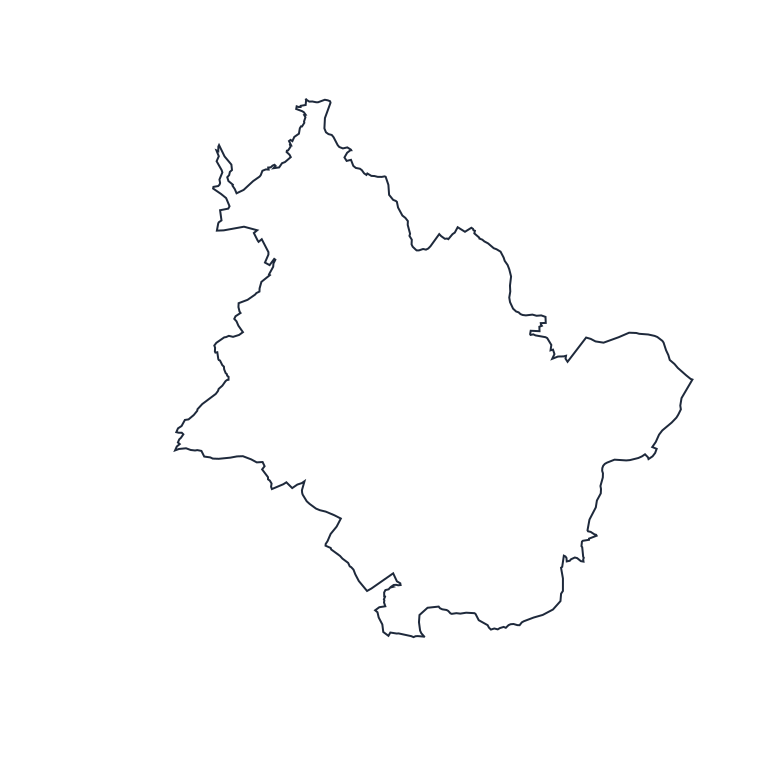 the district of Sanmartin, Cluj, Romania, rotated 302°
{"feature_id": "2599482B60326025316894", "entity_name": "Sanmartin", "entity_type": "district", "adm_level": 2, "iso_a3": "ROU", "parent_name": "Romania", "parent_adm1": "Cluj", "projection": "equal_earth", "projection_center": [24.069, 47.018], "detail": "fine", "context": "isolated", "style": "outline", "palette": "slate", "viewbox_px": 768, "rotation_deg": 302, "n_neighbors": 0, "source": "geoboundaries", "source_scale": "gbopen_adm2", "svg_char_len": 6166}
<svg xmlns="http://www.w3.org/2000/svg" viewBox="0 0 768 768"><g transform="rotate(302 384 384)"><path d="M557.3,405.1L558.4,397.7L558.1,393.5L558.5,390.9L557.9,387.8L558.6,387.2L559.6,380.8L562.1,379.9L561.8,378.4L562.7,377.3L562.8,375.3L556.0,372.0L556.0,363.4L549.9,363.8L547.4,362.7L540.9,361.8L540.8,360.4L539.4,358.7L539.7,354.1L540.4,351.4L525.4,350.4L522.3,349.7L520.2,348.4L519.2,345.6L515.8,342.8L514.6,340.9L514.7,340.0L515.6,335.6L517.0,333.4L521.1,331.1L523.1,327.1L525.2,326.5L531.5,319.8L534.8,317.9L536.2,314.1L536.6,310.3L541.1,302.4L545.3,298.4L545.5,297.0L545.0,294.2L547.1,288.1L555.2,282.2L560.6,275.6L560.4,274.5L558.4,272.3L556.3,268.8L555.3,265.7L553.8,263.0L553.7,258.3L552.0,258.3L552.1,255.5L553.6,251.9L553.8,249.5L552.3,245.6L552.7,242.4L556.6,237.2L553.4,234.1L555.2,230.4L560.6,230.2L564.5,231.7L564.9,232.3L565.2,231.8L565.2,227.5L562.0,224.3L561.3,220.5L562.0,218.2L566.6,210.4L567.5,207.7L566.5,204.5L566.7,201.4L569.2,198.0L578.2,193.0L594.2,189.6L595.2,188.4L594.8,186.1L593.7,183.2L587.9,178.7L587.0,177.2L585.6,173.5L583.9,171.0L583.9,168.2L584.4,166.4L583.3,167.6L579.1,169.7L575.7,165.9L574.7,166.5L573.7,164.9L573.2,162.8L570.7,163.8L572.0,170.0L572.0,172.0L570.8,174.9L569.8,173.8L568.6,176.0L564.2,177.1L563.3,178.0L559.0,178.0L558.5,177.1L556.3,177.1L551.2,179.2L546.0,177.0L541.4,177.6L541.5,175.4L539.7,174.7L537.2,178.7L536.8,177.8L535.7,179.0L531.3,178.9L530.4,178.0L529.1,178.5L528.4,182.3L527.0,184.7L519.7,182.4L517.2,180.5L512.1,180.3L508.5,176.0L511.5,176.5L511.9,175.0L510.2,173.8L507.7,173.1L506.2,171.1L504.7,172.5L503.4,170.1L500.4,167.9L495.8,168.8L494.0,168.6L486.7,165.5L474.2,162.1L467.6,157.9L470.2,154.2L471.9,150.4L472.9,150.3L473.7,144.5L476.3,141.5L479.1,142.0L482.2,140.9L484.9,141.7L489.2,138.3L492.5,128.2L499.2,117.5L497.6,117.7L493.6,120.1L493.3,118.1L489.6,123.2L484.2,124.0L479.4,132.9L477.8,134.8L470.2,136.1L467.6,138.5L465.9,138.9L464.0,138.5L460.8,134.9L459.2,135.5L458.8,145.2L458.0,151.6L452.9,158.8L450.2,159.0L444.5,152.9L436.6,159.5L433.6,158.2L432.4,158.3L425.5,161.0L429.4,166.7L443.2,181.9L447.2,195.0L443.1,193.6L438.8,200.7L438.1,202.3L442.0,203.6L434.6,216.1L432.5,217.4L423.9,218.7L424.2,224.0L431.9,224.6L431.8,226.0L427.6,226.4L424.7,227.9L416.0,228.4L415.9,229.5L405.7,225.9L399.2,227.8L396.4,229.4L393.5,227.6L391.5,227.3L383.1,223.7L375.5,217.9L372.1,219.8L368.9,223.1L368.2,224.7L362.8,222.2L359.9,222.5L359.0,225.7L356.3,229.6L353.2,236.9L348.8,235.1L344.0,231.0L342.6,226.9L340.1,225.2L338.9,223.8L330.1,220.0L326.7,219.7L325.3,221.5L321.9,223.4L321.3,224.4L322.6,225.8L317.3,230.3L316.8,231.2L317.0,232.5L314.3,236.9L313.9,239.0L311.7,240.7L309.3,244.0L309.1,245.5L308.0,246.5L307.7,248.4L305.2,249.9L304.1,248.7L302.5,248.1L296.9,247.8L292.3,246.4L290.1,246.9L286.5,246.6L270.7,240.5L263.8,239.2L262.3,239.8L256.9,239.1L250.4,237.0L248.0,234.2L241.1,234.6L237.2,232.8L233.1,233.4L233.9,235.8L235.5,238.3L235.0,240.5L230.7,240.3L228.6,239.7L225.2,240.2L224.8,242.6L221.2,241.4L217.0,242.0L220.3,244.6L224.6,250.2L225.6,255.0L227.5,259.0L229.0,260.7L230.5,264.6L227.2,270.0L229.7,275.6L230.0,278.3L233.0,283.5L240.1,292.7L244.7,297.7L248.0,302.6L249.7,311.3L250.1,317.6L253.5,322.4L251.0,326.3L247.0,325.9L243.5,335.0L241.7,336.2L241.6,338.3L240.0,341.4L237.0,342.7L235.5,344.6L245.6,351.7L248.9,353.3L247.1,361.3L252.8,363.8L256.4,366.8L259.4,368.1L250.4,370.7L248.4,372.2L247.1,373.6L243.6,380.6L242.9,384.4L242.3,392.4L243.0,396.5L244.9,402.2L246.4,411.5L247.0,418.7L238.0,419.4L228.6,418.2L220.7,419.4L217.5,419.3L215.9,420.1L216.7,425.7L215.7,426.9L214.9,437.8L213.9,441.3L213.3,448.4L211.2,451.6L211.3,453.2L210.4,456.5L207.4,460.5L203.6,467.0L199.5,479.3L203.9,481.7L228.3,492.1L223.5,499.5L223.6,503.4L222.3,504.6L220.8,502.7L220.1,500.7L218.7,498.7L216.6,497.8L216.8,499.2L214.6,497.1L212.3,496.7L210.0,494.4L207.3,494.6L204.2,496.6L204.5,497.0L204.3,497.6L201.3,498.0L200.8,498.9L198.7,499.8L196.2,502.9L192.2,498.3L187.4,496.4L187.0,499.4L183.2,503.2L179.2,510.0L173.3,514.8L172.8,521.2L176.6,521.1L179.1,527.0L180.2,528.5L184.6,540.7L185.0,543.2L186.8,544.4L188.1,546.2L190.9,551.7L190.9,552.7L192.4,547.7L194.0,545.3L200.5,539.9L206.9,536.5L217.3,539.5L224.2,548.3L223.5,550.3L223.8,552.8L225.5,556.8L225.6,558.7L224.7,561.9L225.0,563.3L228.0,566.8L229.7,570.4L233.6,574.9L237.6,582.2L237.5,583.5L233.9,589.5L234.4,599.7L233.0,602.1L232.4,604.8L235.1,607.1L236.2,610.5L238.4,611.6L241.4,614.2L241.8,616.5L245.5,617.4L247.4,618.7L249.1,621.0L250.2,624.9L251.3,626.8L254.9,627.2L256.9,628.3L265.3,634.7L272.3,641.0L282.3,646.8L293.4,648.7L300.0,645.3L303.3,645.4L313.9,638.8L322.0,631.5L323.4,632.0L333.7,627.5L333.9,629.2L333.2,630.9L330.4,633.0L332.5,635.2L334.5,635.5L338.0,637.8L338.7,640.1L338.1,644.8L339.1,647.3L340.8,645.9L342.5,645.5L343.0,644.5L350.6,638.6L351.1,637.4L355.2,635.4L356.4,635.7L360.5,640.4L361.5,639.8L368.0,644.7L368.5,643.8L368.0,642.1L368.1,637.6L367.2,635.1L367.8,634.1L377.9,630.1L391.6,629.0L398.0,626.3L406.1,625.8L409.9,623.7L412.2,621.6L420.7,619.1L424.3,617.0L426.0,615.0L428.4,613.7L430.9,613.2L433.3,613.6L435.5,614.8L442.0,619.6L447.6,630.0L449.8,632.9L456.0,638.9L459.3,641.1L462.7,642.6L461.7,646.7L460.5,648.1L465.0,650.1L469.2,650.5L473.5,649.6L472.7,644.9L478.8,645.2L486.8,644.1L492.1,644.6L503.7,648.4L510.4,649.8L513.8,649.8L519.8,649.2L522.7,646.7L529.7,643.8L551.2,643.2L550.8,641.3L551.5,635.6L553.3,624.7L554.9,619.7L555.8,613.6L559.2,609.8L562.1,605.3L567.3,599.1L568.1,597.2L568.7,590.9L568.2,588.0L566.0,581.8L561.8,573.8L561.0,571.0L557.4,564.7L548.0,558.2L535.4,548.3L532.2,540.8L531.8,535.4L530.5,530.8L500.1,527.9L501.7,524.5L504.4,523.4L502.6,521.7L499.5,517.0L494.5,513.3L499.7,512.7L502.7,509.1L500.8,507.4L505.8,505.2L509.4,498.1L509.3,496.2L505.5,486.7L505.2,484.3L503.3,482.3L503.7,481.5L506.9,480.2L511.2,487.9L514.9,485.4L517.0,487.0L517.6,485.6L518.7,484.7L521.5,488.8L526.5,485.4L525.5,481.0L522.7,477.2L521.5,473.1L517.4,468.0L516.0,465.0L515.6,462.7L516.1,460.2L515.5,457.6L516.3,453.5L520.2,447.5L523.7,444.4L529.3,442.1L534.2,438.7L542.5,434.8L547.6,429.5L550.4,425.8L552.4,421.1L554.6,418.5L558.0,412.7L557.9,408.0L557.3,405.1Z" fill="none" stroke="#1e293b" stroke-width="2"/></g></svg>